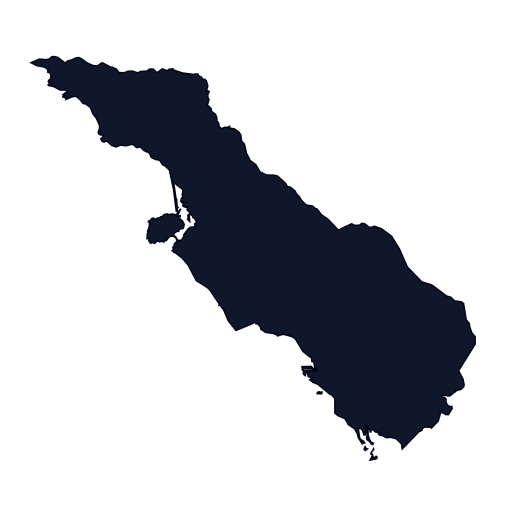 Nelson City, Nelson City, New Zealand (Robinson projection), rotated 267°
{"feature_id": "76426892B89864020181471", "entity_name": "Nelson City", "entity_type": "district", "adm_level": 2, "iso_a3": "NZL", "parent_name": "New Zealand", "parent_adm1": "Nelson City", "projection": "robinson", "projection_center": [173.399, -41.222], "detail": "fine", "context": "isolated", "style": "filled", "palette": "ink", "viewbox_px": 512, "rotation_deg": 267, "n_neighbors": 0, "source": "geoboundaries", "source_scale": "gbopen_adm2", "svg_char_len": 6030}
<svg xmlns="http://www.w3.org/2000/svg" viewBox="0 0 512 512"><g transform="rotate(267 256 256)"><path d="M156.6,470.3L164.0,470.6L167.8,467.6L174.1,465.7L177.2,465.6L181.4,462.6L197.7,460.8L199.6,458.4L200.8,451.8L204.5,448.7L206.2,444.1L217.9,430.0L221.5,420.2L237.1,406.6L255.5,399.6L268.7,392.4L276.8,382.5L279.6,375.5L278.6,373.2L278.8,370.4L282.2,366.8L283.0,364.1L283.1,363.2L281.7,361.6L281.3,360.0L281.5,356.0L283.2,353.2L277.6,339.5L289.1,329.7L293.8,323.5L299.6,319.6L300.4,317.6L302.9,315.2L304.4,308.7L309.3,304.3L313.3,302.2L315.5,299.9L318.9,298.4L322.8,294.2L323.7,291.0L327.0,289.3L334.7,281.8L335.9,277.7L336.3,270.8L339.8,264.4L347.2,260.6L351.7,255.2L359.0,251.9L368.4,250.3L371.6,247.6L377.4,247.2L380.5,245.5L384.0,241.2L385.2,236.4L386.9,236.4L385.9,234.4L386.2,231.6L384.9,228.1L387.2,226.0L391.0,225.5L392.8,224.0L396.3,224.1L399.5,223.0L402.9,219.1L405.7,218.9L409.3,215.3L414.8,217.3L417.0,216.2L419.3,216.2L422.8,217.8L424.0,215.3L428.4,216.8L433.4,215.6L435.2,214.2L435.2,211.8L437.3,211.1L439.0,208.1L440.7,207.7L441.0,204.6L440.5,203.6L442.6,192.3L445.1,185.7L446.4,183.1L447.3,182.9L447.0,178.8L445.7,177.1L447.8,172.1L444.6,167.5L444.8,166.1L447.9,163.4L448.3,161.1L448.1,159.2L446.4,156.8L446.3,150.1L445.0,147.8L447.2,142.0L447.2,137.6L445.5,132.9L446.1,132.3L446.3,128.8L450.0,126.3L452.1,122.3L452.1,120.9L456.7,113.3L456.9,111.9L454.0,107.5L454.9,102.8L458.0,97.0L462.3,91.8L463.5,89.3L463.3,86.7L461.3,81.8L460.7,78.1L458.7,75.6L464.8,68.4L465.8,64.6L465.7,62.5L463.6,59.8L463.0,56.7L464.0,50.1L460.8,41.4L457.5,47.2L455.9,54.1L454.2,56.8L452.1,58.0L450.5,57.6L449.8,59.6L447.0,60.6L443.3,60.0L442.3,58.1L441.2,58.7L440.8,57.8L439.9,58.8L438.9,58.7L438.0,57.4L437.2,57.5L435.8,62.8L432.0,69.1L431.6,75.6L429.8,75.6L427.5,71.9L426.9,72.9L426.3,71.8L424.9,71.4L424.4,73.5L422.8,74.3L423.0,75.0L422.4,74.7L424.3,79.9L425.1,83.6L424.8,84.7L421.2,88.6L417.5,91.1L416.7,93.9L412.9,98.5L406.5,100.5L402.1,103.7L394.6,106.6L391.5,106.4L387.8,104.9L386.4,105.3L385.5,106.1L384.4,109.9L383.3,109.7L381.1,107.1L378.7,108.2L377.6,110.2L378.5,111.8L378.3,113.4L373.9,117.7L372.2,122.0L373.8,126.4L372.8,131.8L374.0,137.5L373.5,139.6L370.5,142.3L370.9,146.3L367.0,149.8L364.5,154.9L360.0,156.5L357.6,160.7L356.7,164.7L351.7,167.7L351.3,169.2L346.4,174.0L326.8,177.1L304.9,178.7L304.7,180.0L307.4,179.6L308.6,180.8L309.8,179.8L316.7,179.7L318.1,179.1L332.9,177.7L333.5,177.9L332.6,178.4L333.1,179.7L331.6,180.0L326.5,186.1L324.9,186.5L320.6,185.4L318.4,186.4L317.9,184.8L314.8,183.7L313.2,184.7L312.9,186.7L310.4,185.5L309.3,186.0L308.1,188.8L308.5,190.7L305.7,189.6L302.6,192.3L301.7,192.1L300.2,190.0L297.5,190.3L296.2,189.6L293.9,191.7L300.1,191.4L301.0,193.1L298.7,195.2L297.8,195.0L297.6,195.8L295.2,197.5L291.8,199.0L292.5,198.1L291.4,196.4L288.1,196.5L288.4,192.8L286.9,189.9L281.4,185.2L278.8,184.6L275.6,182.2L275.8,178.8L279.7,176.5L280.9,174.8L282.5,175.1L284.7,178.2L284.6,180.1L286.8,180.9L287.4,184.8L291.3,186.0L294.7,184.5L298.9,180.4L299.9,181.5L299.4,182.4L300.4,182.5L299.7,179.7L300.7,177.4L301.5,180.3L307.2,183.4L301.4,178.5L302.4,174.1L301.8,171.6L302.7,169.7L302.5,167.6L301.5,165.4L300.4,165.0L300.0,162.5L299.1,162.0L299.0,159.3L297.7,157.1L298.0,156.2L299.1,156.1L299.2,154.8L298.7,153.4L297.8,153.5L296.5,150.6L295.6,150.3L295.4,151.5L294.2,151.4L293.3,152.2L293.3,151.1L290.9,151.3L290.6,150.5L289.0,150.6L288.2,149.6L286.7,149.2L287.1,150.4L286.3,150.7L286.2,149.9L285.1,150.1L284.8,149.0L283.7,148.6L278.9,148.1L279.2,150.3L276.9,149.8L277.2,150.4L276.7,151.1L275.0,150.7L274.2,151.7L275.0,153.0L273.9,155.5L276.2,158.4L275.1,160.4L275.8,162.7L274.7,164.6L276.6,166.1L276.0,167.1L279.4,170.0L280.1,171.7L280.2,174.5L278.0,177.0L275.1,178.1L272.5,175.2L269.9,174.6L269.2,173.4L266.6,173.8L265.7,172.6L265.1,174.0L264.0,174.0L263.7,175.2L257.9,182.1L250.5,187.7L234.5,195.1L226.9,205.9L224.3,208.2L209.8,216.9L208.7,216.4L208.9,217.5L203.6,221.0L192.8,224.9L182.7,232.1L188.9,249.6L190.0,250.4L189.3,252.0L188.2,252.5L188.6,253.4L188.2,254.1L184.9,256.7L182.6,257.1L179.2,261.6L177.8,269.2L175.9,273.0L175.0,273.5L176.2,277.6L176.1,280.4L173.4,288.1L171.3,290.9L158.2,297.9L150.8,306.3L147.8,306.2L147.7,307.7L143.1,309.2L143.0,308.4L140.6,308.9L140.4,310.0L139.0,310.5L140.3,307.4L142.9,305.3L143.1,296.1L138.7,296.5L141.2,297.3L141.1,299.2L140.8,306.1L139.7,307.0L138.4,309.9L137.6,309.9L137.5,308.2L137.7,307.4L139.1,307.0L139.3,298.0L136.4,297.0L135.2,297.5L134.0,299.0L137.7,300.2L137.2,302.9L136.7,301.6L136.9,303.2L136.5,303.1L136.2,301.4L133.0,301.8L131.1,305.6L129.6,303.1L126.8,306.3L127.4,306.5L126.5,307.6L127.5,307.4L126.6,308.6L125.9,308.4L124.7,310.9L114.1,322.6L113.5,324.2L109.5,327.3L95.1,326.5L92.5,329.1L88.9,336.3L82.9,339.3L78.3,345.3L73.7,347.7L69.2,348.7L62.8,352.2L63.8,354.8L65.5,353.6L67.2,351.0L69.0,350.0L77.7,349.2L78.7,350.7L76.8,353.0L71.5,354.6L71.7,356.0L73.9,356.8L79.9,356.9L81.6,356.0L82.4,356.6L81.0,357.6L71.8,357.9L68.8,356.8L66.7,357.2L65.6,358.9L62.0,361.6L61.6,362.7L63.0,363.5L63.8,361.5L66.4,359.9L71.5,358.6L78.2,358.8L76.5,360.7L74.4,360.7L74.4,361.6L76.7,361.6L76.0,364.7L75.1,364.8L73.8,366.4L73.8,368.8L71.7,369.0L70.5,370.4L69.9,373.1L67.7,376.8L67.9,381.0L66.2,386.4L60.7,391.5L55.6,391.9L73.1,410.7L72.5,411.0L73.4,412.7L74.6,413.0L76.3,414.9L76.0,421.4L75.0,422.2L81.6,429.3L89.6,432.1L89.8,434.3L87.8,436.9L87.5,439.8L93.3,443.9L95.6,443.7L95.4,441.7L97.3,439.1L100.9,438.0L103.1,438.4L105.0,436.7L105.5,434.5L107.5,434.5L106.0,442.0L111.2,449.5L112.0,453.5L114.5,456.6L116.7,457.1L122.2,456.3L130.8,452.3L156.6,470.3ZM50.7,362.0L46.2,359.2L47.1,365.3L48.0,366.3L49.2,366.2L49.5,365.9L49.6,365.7L48.0,365.5L49.0,364.6L47.0,362.8L46.7,360.2L47.0,361.6L48.8,363.1L49.3,362.5L48.2,361.3L49.8,362.0L51.6,362.1L52.9,360.7L55.4,362.0L52.6,360.2L50.7,362.0ZM116.2,314.0L117.1,312.1L116.7,310.3L115.4,309.9L114.9,314.3L117.3,315.1L116.2,314.0ZM57.5,357.2L57.9,356.1L59.9,355.0L57.7,353.8L56.0,354.9L57.5,357.2ZM57.3,363.3L56.3,362.6L55.8,362.7L56.6,363.4L57.3,363.3Z" fill="#0f172a" stroke="#020617" stroke-width="1.5"/></g></svg>